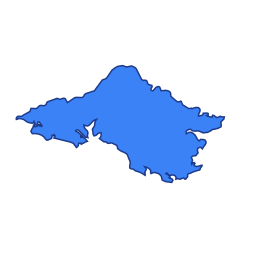 La Coruña, Albers equal-area conic projection, rotated 232°
{"feature_id": "ESP-5827", "entity_name": "La Coruña", "entity_type": "Autonomous Community", "adm_level": 1, "iso_a3": "ESP", "parent_name": "Spain", "parent_adm1": "", "projection": "albers", "projection_center": [-8.526, 43.162], "detail": "fine", "context": "isolated", "style": "filled", "palette": "blue", "viewbox_px": 256, "rotation_deg": 232, "n_neighbors": 0, "source": "natural_earth", "source_scale": "10m", "svg_char_len": 4582}
<svg xmlns="http://www.w3.org/2000/svg" viewBox="0 0 256 256"><g transform="rotate(232 128 128)"><path d="M104.5,190.2L103.9,190.2L103.2,192.3L102.3,194.3L101.0,195.8L99.3,196.4L97.5,195.7L96.3,194.0L95.3,192.0L94.1,190.9L92.6,193.6L92.4,195.3L93.3,196.4L91.2,199.4L90.1,200.1L88.7,199.0L89.2,197.7L87.9,198.3L84.7,200.8L86.0,202.5L84.9,203.4L81.5,204.4L81.2,205.0L80.4,208.0L79.6,208.3L78.8,209.0L77.4,210.7L76.0,209.0L75.8,206.6L75.3,204.5L73.2,203.5L71.7,202.1L72.3,198.9L73.7,195.6L74.9,193.6L74.8,192.0L75.1,190.1L75.8,187.5L76.9,186.0L77.3,185.0L78.1,184.1L79.2,183.7L79.4,183.4L82.2,181.9L84.7,178.4L86.2,177.1L88.5,176.5L89.1,175.6L89.8,173.6L89.5,171.5L87.5,170.4L87.1,173.3L85.6,175.2L83.4,176.1L80.9,176.5L76.0,175.7L74.0,176.1L74.3,178.3L72.1,180.7L70.9,181.3L69.1,181.0L67.8,179.8L67.2,178.1L66.7,176.1L65.8,173.7L67.0,173.7L67.9,173.3L68.6,172.4L69.1,171.1L68.4,169.5L67.0,168.6L65.2,167.9L65.1,166.8L64.6,165.1L64.5,164.3L64.7,163.8L65.6,162.8L65.9,162.0L66.0,160.9L65.9,160.0L65.3,159.5L63.6,159.3L62.7,158.8L61.3,156.4L60.1,155.8L60.1,156.6L60.6,158.0L60.1,158.8L59.2,159.0L58.7,158.9L58.3,157.2L57.4,157.0L56.3,157.7L55.4,158.5L54.7,159.6L53.7,162.2L53.1,163.4L52.6,163.1L51.7,160.0L50.9,159.2L50.9,158.4L51.5,157.2L53.5,151.7L53.6,150.9L53.8,149.9L54.1,148.8L54.5,148.1L54.9,147.0L54.3,146.1L52.9,145.0L52.2,141.9L53.0,141.2L54.3,141.2L54.9,140.0L55.5,137.7L56.6,136.6L57.7,135.7L58.2,134.2L59.6,135.5L60.8,135.8L62.1,135.4L63.5,134.3L64.0,133.6L64.2,132.9L64.6,132.3L65.5,131.6L66.3,131.2L67.0,131.0L68.7,130.8L68.7,129.8L67.1,130.6L64.9,131.1L63.4,131.0L63.5,129.8L60.4,131.4L59.1,131.2L58.2,128.9L62.8,124.5L65.9,122.9L69.4,124.5L71.1,124.5L72.8,124.1L74.0,123.6L75.2,122.6L76.4,121.8L77.4,120.1L77.9,118.1L78.7,118.1L80.4,119.7L82.9,119.6L85.5,118.6L87.1,117.3L85.1,117.4L84.0,116.7L82.6,113.8L82.2,113.8L81.0,113.1L80.2,112.3L80.9,112.0L81.8,111.9L85.7,110.2L89.8,107.4L92.7,106.7L93.5,105.7L94.2,105.1L95.3,104.8L96.5,105.5L99.5,108.6L101.1,109.3L102.8,109.6L106.5,110.8L108.3,111.1L110.9,110.1L114.3,108.2L117.9,107.1L121.1,108.5L126.1,106.1L126.9,105.3L127.2,104.1L128.0,103.1L128.9,102.4L130.9,102.0L131.3,101.4L131.5,100.8L132.1,100.4L137.3,99.0L137.6,100.7L138.5,102.0L140.6,103.9L141.8,102.4L142.1,101.2L141.9,98.1L142.7,96.4L144.6,96.7L147.4,98.5L148.8,99.0L149.4,100.1L149.7,101.6L150.4,103.0L152.6,105.2L153.5,106.5L154.2,108.5L154.9,106.4L154.9,104.3L154.2,100.3L154.2,98.3L154.7,97.1L155.7,96.2L157.5,95.0L155.6,94.1L153.9,93.8L150.7,94.1L149.0,93.6L146.7,91.1L145.1,90.5L146.9,89.0L156.5,87.7L157.1,87.5L157.8,86.9L158.2,86.0L158.1,85.1L157.6,85.0L155.4,86.0L149.7,87.0L150.0,86.5L150.3,86.3L151.0,86.0L150.6,85.6L149.7,85.1L148.5,86.8L146.7,87.6L142.5,87.8L143.2,85.8L143.6,83.0L144.0,81.1L145.1,81.5L146.3,79.8L145.6,79.1L144.8,78.0L144.3,76.7L144.4,75.3L144.8,75.3L146.4,75.6L147.0,75.3L149.3,75.6L152.0,74.2L165.7,63.5L166.1,65.0L166.9,65.7L167.9,65.8L169.0,65.3L168.0,65.4L167.7,65.3L167.7,64.5L168.1,64.2L168.6,63.8L169.0,63.5L167.2,62.0L166.9,60.6L167.4,59.2L167.7,57.7L168.3,56.6L169.7,56.2L172.8,56.3L175.7,55.4L178.3,53.8L180.6,51.6L182.5,49.1L185.1,49.4L186.2,51.3L187.0,53.6L188.4,55.3L188.4,56.1L187.8,55.8L186.9,55.6L186.4,55.4L185.7,56.5L185.3,57.6L185.3,58.8L185.8,59.7L184.9,60.5L184.6,60.4L183.8,59.7L183.2,60.4L183.0,60.6L182.6,60.7L182.6,61.6L187.3,61.8L188.2,60.9L186.4,58.0L187.5,57.2L188.6,57.2L191.0,58.0L190.8,57.6L190.5,56.6L190.3,56.1L191.6,54.6L193.3,53.2L195.2,52.1L199.0,51.0L201.0,49.6L202.6,47.8L203.2,45.8L203.5,45.3L204.2,45.7L204.9,46.7L205.1,48.0L204.7,48.8L202.6,51.6L202.6,53.4L201.4,60.9L203.2,63.6L200.1,67.3L199.6,68.6L200.0,71.0L199.9,72.4L199.6,73.1L197.3,75.5L196.9,76.6L196.9,77.8L198.0,79.7L198.2,80.3L198.1,81.0L195.0,90.4L192.4,92.0L191.5,94.9L190.8,96.0L189.7,96.6L185.3,95.9L184.7,104.6L184.0,106.1L180.7,110.0L180.2,110.9L180.2,112.0L180.5,113.0L180.9,113.8L181.1,114.7L181.1,115.9L178.0,124.4L181.6,137.2L181.4,138.3L180.9,139.3L180.6,140.7L180.7,142.5L183.4,150.9L183.4,154.2L183.0,157.5L180.7,161.9L179.8,162.7L177.8,163.8L176.9,164.6L174.6,169.1L171.5,170.7L169.9,171.0L157.9,168.6L156.2,169.3L155.0,171.1L154.5,171.5L153.4,171.8L150.4,170.8L149.5,171.1L146.8,173.0L146.0,172.7L145.4,171.9L145.0,170.8L144.4,169.8L143.8,169.5L143.0,169.6L142.4,170.0L142.0,170.8L142.1,171.4L142.6,173.9L142.7,175.4L142.4,176.7L141.8,177.7L140.7,178.2L137.0,177.0L134.2,181.2L131.9,182.9L130.7,183.2L129.3,183.0L126.5,181.3L119.2,182.7L117.6,183.6L117.1,184.5L116.9,185.2L116.9,185.8L116.7,186.1L116.2,186.3L112.7,185.3L105.9,187.8L104.5,190.2Z" fill="#3b82f6" stroke="#1e3a8a" stroke-width="1.5"/></g></svg>